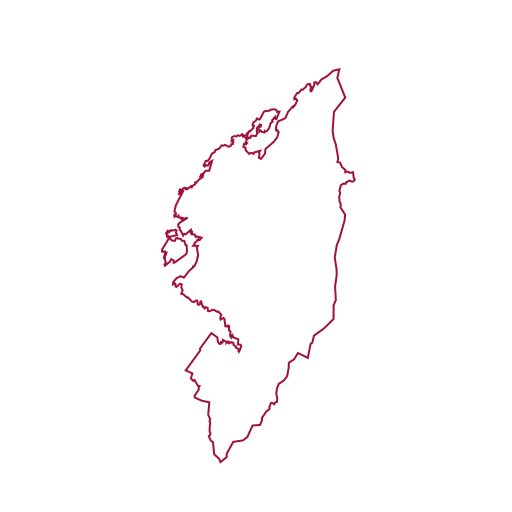 outline of Sandnes nor, Rogaland, Norway, rotated 292°
{"feature_id": "86288312B92458440996482", "entity_name": "Sandnes nor", "entity_type": "district", "adm_level": 2, "iso_a3": "NOR", "parent_name": "Norway", "parent_adm1": "Rogaland", "projection": "equal_earth", "projection_center": [5.858, 58.872], "detail": "fine", "context": "isolated", "style": "outline", "palette": "rose", "viewbox_px": 512, "rotation_deg": 292, "n_neighbors": 0, "source": "geoboundaries", "source_scale": "gbopen_adm2", "svg_char_len": 6137}
<svg xmlns="http://www.w3.org/2000/svg" viewBox="0 0 512 512"><g transform="rotate(292 256 256)"><path d="M460.4,263.3L456.6,258.1L449.4,254.6L444.4,250.6L438.2,248.8L439.7,246.6L438.8,245.0L436.5,246.0L429.5,245.7L429.3,244.9L430.2,244.2L433.8,243.8L434.1,242.4L435.6,241.8L435.5,240.6L434.1,239.1L431.5,238.9L427.4,236.8L427.3,235.7L422.8,234.3L422.4,233.0L416.9,232.2L415.7,232.9L416.8,234.2L415.8,235.9L411.0,235.8L408.2,234.9L408.8,234.4L407.7,233.8L401.5,231.7L394.8,231.6L388.9,225.9L383.2,226.2L380.1,227.5L379.9,228.5L380.6,228.5L379.4,230.6L374.0,231.2L368.5,229.7L358.8,224.7L354.2,226.0L347.2,224.0L348.0,223.9L348.2,223.7L348.1,222.4L349.0,222.4L348.2,222.3L348.4,221.7L351.7,221.2L352.9,220.1L355.1,220.4L351.3,215.5L349.8,215.5L349.9,212.9L348.2,211.3L350.3,206.7L352.4,205.7L352.4,203.4L355.5,203.0L355.7,205.0L357.4,205.3L357.2,203.9L360.4,203.9L363.4,199.5L361.9,199.1L363.6,197.4L361.3,196.0L361.1,193.9L359.5,193.1L359.0,190.8L356.9,189.2L354.8,189.9L355.1,191.2L353.1,190.6L353.5,192.2L351.1,192.6L350.4,191.3L348.5,191.3L347.1,189.7L347.4,185.6L346.1,184.6L345.8,182.8L341.7,181.6L339.0,178.7L336.6,178.7L334.6,176.8L328.1,176.4L325.7,175.1L325.4,173.8L320.4,173.4L319.7,174.9L321.5,175.5L321.7,177.2L321.0,177.7L322.2,177.4L324.2,178.3L325.1,177.6L327.7,179.6L317.5,180.7L316.2,177.4L312.4,176.0L311.3,174.7L309.6,174.6L311.1,176.7L309.0,177.0L308.3,175.9L307.1,175.8L307.1,175.1L301.1,172.9L301.9,172.6L301.6,172.1L299.5,172.6L297.1,170.7L295.9,170.7L296.3,169.9L295.5,169.9L295.6,169.1L292.0,167.2L291.7,165.7L292.9,165.7L292.4,163.9L289.1,161.8L289.2,160.5L287.1,160.6L288.0,162.8L290.0,164.2L287.7,163.4L286.2,161.7L283.8,161.1L287.1,164.0L273.3,162.7L266.8,163.6L265.3,166.1L263.3,164.9L261.8,165.7L263.1,166.8L262.8,168.4L264.4,169.1L262.9,170.0L263.3,171.5L262.6,172.5L263.5,172.6L263.9,173.7L261.7,174.7L264.6,176.4L265.8,178.3L257.9,172.5L255.7,172.1L253.7,173.4L253.8,174.7L251.5,175.5L251.3,176.8L247.6,180.8L249.7,181.1L249.8,182.7L256.0,185.8L254.8,186.5L254.8,187.5L254.1,187.8L254.0,186.7L253.2,186.7L252.0,188.2L253.0,191.1L251.1,193.0L252.0,194.0L252.6,198.7L249.7,197.8L249.0,196.6L249.9,196.2L248.9,195.6L248.1,195.9L245.3,194.1L244.6,194.6L242.0,193.9L243.6,198.3L241.6,198.0L235.0,202.1L232.9,202.4L233.4,201.5L232.7,202.4L228.8,203.0L223.4,202.7L222.8,201.6L222.2,202.1L216.9,199.5L208.9,197.2L209.1,193.7L205.7,190.7L201.0,189.0L198.7,189.6L200.3,190.8L200.2,191.6L197.7,192.7L197.5,193.8L201.7,195.8L201.9,197.7L198.9,198.5L196.8,200.8L193.0,200.8L193.3,203.0L191.6,207.5L192.1,208.2L189.7,214.0L190.1,215.9L192.2,216.9L192.6,218.2L189.2,220.3L189.4,221.4L190.9,222.3L192.5,221.5L193.4,222.1L189.0,225.6L189.5,226.7L188.1,227.9L190.2,228.8L189.7,228.8L189.7,230.7L187.1,231.9L187.4,233.8L189.7,235.5L190.3,237.2L189.7,240.8L190.4,241.8L188.6,245.8L185.2,246.0L183.8,247.0L186.3,248.9L185.9,250.2L179.3,254.0L180.6,255.9L179.9,256.1L179.4,256.8L180.7,256.0L181.0,257.3L179.6,257.8L179.4,257.1L179.2,258.0L177.2,258.6L176.4,260.6L172.4,261.9L172.1,262.5L173.6,261.9L172.8,262.9L173.6,262.9L172.1,262.9L172.6,263.4L172.2,263.6L172.9,263.4L173.4,263.6L172.0,264.1L173.1,264.4L172.3,265.5L171.4,265.4L172.0,265.6L172.2,270.8L167.3,272.4L168.0,275.0L166.7,276.2L162.7,276.2L162.2,276.9L162.5,276.2L160.7,276.0L161.2,275.3L163.1,275.4L163.5,271.7L165.5,270.6L164.6,270.8L165.3,268.3L166.9,267.7L167.0,265.8L166.1,265.1L166.4,264.1L165.3,263.7L165.8,263.0L165.0,262.8L165.8,261.5L164.5,261.0L165.4,260.7L165.8,256.7L163.8,257.4L162.7,256.9L163.5,256.6L162.7,255.1L163.2,256.5L162.6,256.8L161.4,255.5L162.2,255.2L161.1,255.5L160.9,254.8L161.9,253.0L166.0,250.7L167.8,243.5L149.2,238.8L147.6,239.7L123.6,233.7L123.3,241.0L118.0,241.5L116.7,244.7L118.0,245.4L113.8,250.9L114.1,252.2L113.2,251.8L110.8,253.0L103.5,251.4L101.9,252.1L101.5,259.8L102.9,267.5L90.8,271.2L87.5,274.7L85.5,274.7L84.7,275.8L76.4,278.4L74.8,280.0L73.1,280.6L71.3,279.7L68.0,283.1L67.2,285.9L56.4,291.6L54.3,297.6L51.6,300.3L58.7,304.2L61.4,302.9L75.1,304.5L80.2,313.1L85.0,315.8L97.5,316.3L100.9,323.1L105.9,323.1L108.2,322.2L115.3,323.7L119.2,325.8L121.5,324.9L125.3,324.9L125.9,325.7L125.3,328.3L127.2,328.5L128.4,330.0L132.0,329.1L135.9,326.4L140.9,325.1L145.9,325.0L151.2,328.5L156.2,329.9L165.0,328.1L169.3,326.4L174.4,330.0L181.8,331.3L180.9,342.2L195.1,339.5L196.6,340.7L203.9,339.6L214.0,346.0L226.6,351.5L239.5,346.4L245.1,346.5L257.5,340.7L268.8,337.9L274.0,335.6L284.2,329.5L296.6,326.8L302.6,326.9L322.3,324.8L327.8,323.1L332.6,316.2L336.3,314.9L337.3,313.4L341.9,311.0L346.0,310.5L347.5,308.9L353.7,308.2L355.9,310.1L356.5,312.1L358.0,311.9L361.1,314.6L360.8,316.8L361.6,318.4L364.2,318.9L364.9,317.4L370.0,314.6L368.3,312.1L368.5,309.0L367.1,307.4L369.4,306.5L370.6,302.5L374.1,299.0L373.6,296.3L377.3,295.7L389.2,288.3L394.9,283.5L401.2,280.0L418.9,274.3L436.3,279.4L451.6,264.7L460.4,263.3ZM245.9,164.6L243.5,164.2L242.9,164.6L243.8,165.4L242.4,165.1L240.4,166.5L241.6,167.2L240.8,168.8L226.5,166.5L224.8,167.5L226.2,169.9L225.1,170.8L225.6,171.7L222.0,171.9L222.8,170.9L219.6,171.3L219.2,172.5L216.1,174.8L213.7,174.4L212.9,175.2L218.4,178.3L221.3,178.6L220.9,181.5L218.8,182.2L220.0,183.4L231.6,190.6L234.9,190.2L240.0,187.6L239.8,186.6L243.2,183.8L242.4,181.8L243.6,179.5L242.9,176.8L243.4,176.3L242.3,175.1L239.6,175.1L238.9,172.2L239.8,169.9L241.3,168.6L245.8,175.0L247.8,172.9L249.7,172.9L250.3,171.7L248.4,169.4L248.4,168.0L246.2,166.9L246.9,166.2L245.5,165.2L245.9,164.6ZM367.1,202.7L367.0,202.0L364.5,201.6L364.9,202.9L362.8,203.1L362.2,204.9L363.3,205.2L363.4,206.5L365.8,206.5L367.2,211.0L371.3,211.2L371.3,210.3L374.3,209.1L376.0,209.1L376.3,210.3L379.3,210.1L379.4,211.6L377.8,211.9L377.8,211.2L374.7,210.1L374.0,210.8L374.0,212.9L373.2,212.9L374.0,213.4L373.3,214.7L373.7,217.5L375.0,217.3L374.7,218.0L376.5,219.6L380.1,220.3L384.6,219.8L386.7,221.1L387.9,220.1L392.1,221.5L390.5,222.6L390.6,223.6L398.7,223.6L397.5,221.3L398.8,220.5L399.1,218.5L397.4,215.0L395.5,213.7L394.0,210.4L392.5,209.2L385.0,208.5L383.7,207.9L383.9,205.4L381.4,205.2L378.8,203.6L376.4,203.6L375.3,204.5L375.8,205.3L373.7,205.6L369.3,203.8L369.4,203.0L367.1,202.7Z" fill="none" stroke="#9f1239" stroke-width="2"/></g></svg>